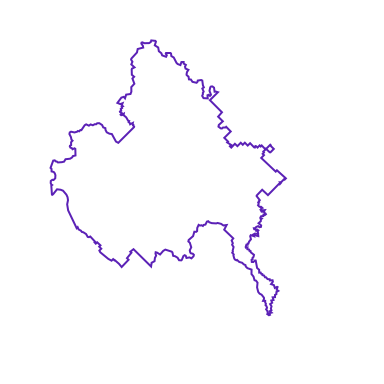 outline of Blue Mountains, New South Wales, Australia, rotated 125°
{"feature_id": "25037944B17662775697590", "entity_name": "Blue Mountains", "entity_type": "district", "adm_level": 2, "iso_a3": "AUS", "parent_name": "Australia", "parent_adm1": "New South Wales", "projection": "mercator", "projection_center": [150.399, -33.632], "detail": "fine", "context": "isolated", "style": "outline", "palette": "violet", "viewbox_px": 384, "rotation_deg": 125, "n_neighbors": 0, "source": "geoboundaries", "source_scale": "gbopen_adm2", "svg_char_len": 6053}
<svg xmlns="http://www.w3.org/2000/svg" viewBox="0 0 384 384"><g transform="rotate(125 192 192)"><path d="M294.4,218.5L292.2,218.1L292.5,216.4L292.1,216.3L292.7,210.6L293.8,206.6L283.9,205.1L283.5,207.3L276.5,206.8L276.3,208.3L272.4,207.1L276.5,182.8L273.1,184.5L270.2,183.0L267.2,184.6L264.7,184.9L263.4,186.6L262.2,187.2L261.7,185.9L261.5,182.3L256.7,181.8L254.5,180.8L252.5,174.4L252.7,173.4L255.1,170.8L254.3,169.0L254.1,166.1L255.3,163.5L254.2,161.6L253.4,161.4L249.4,162.3L248.0,161.8L247.8,160.6L249.2,158.7L247.0,156.5L246.7,154.4L243.8,153.9L242.4,154.4L242.1,155.9L242.9,157.9L242.3,159.1L241.0,160.4L237.7,160.9L234.8,164.7L234.6,166.6L233.2,167.2L227.5,165.8L223.2,167.3L222.2,165.7L221.1,165.4L218.4,167.1L215.1,167.7L214.9,166.2L213.8,165.2L213.6,163.6L212.3,163.6L211.0,162.3L207.7,162.8L206.6,161.9L206.9,160.6L206.2,158.0L203.8,154.1L202.7,153.3L201.4,149.9L201.4,147.1L199.2,144.7L204.4,144.0L206.3,131.6L209.0,131.7L210.5,129.2L212.2,128.9L213.2,126.4L216.8,125.0L217.5,124.2L218.7,124.2L219.2,122.0L220.2,121.7L222.2,119.3L222.7,118.1L222.5,116.4L221.8,116.1L222.2,113.2L221.2,110.3L221.6,108.2L221.2,106.3L222.2,105.2L222.6,102.9L221.4,98.7L225.1,96.2L226.0,93.1L228.4,90.2L227.9,88.7L228.7,86.3L232.8,84.0L235.9,80.4L236.5,78.3L236.2,76.1L237.3,72.5L238.2,71.7L240.4,71.3L239.2,69.6L240.5,68.7L241.2,67.3L242.5,66.9L242.8,65.5L243.8,64.1L245.6,64.0L246.1,62.3L247.8,60.3L248.8,60.3L248.8,58.3L247.9,57.7L247.0,59.2L245.2,57.7L245.0,59.9L243.3,59.1L242.3,60.5L240.0,61.3L239.0,63.7L236.7,62.8L235.4,64.8L233.7,63.3L232.0,65.5L230.5,63.7L228.7,65.0L227.3,64.3L225.5,65.5L223.5,64.6L223.5,66.6L220.8,67.4L220.9,67.9L223.1,69.1L221.3,71.5L222.1,74.4L219.1,74.3L218.1,75.4L219.8,77.5L218.9,78.3L220.0,80.2L219.4,82.4L220.0,83.3L219.1,85.0L219.7,86.6L218.9,87.3L219.3,88.5L218.6,89.6L219.5,90.7L217.2,92.4L216.9,95.1L211.6,100.5L211.9,101.1L214.2,101.6L215.0,102.9L213.4,104.3L212.3,103.8L211.4,104.6L209.8,104.4L207.9,105.2L207.7,109.3L206.8,110.2L207.3,111.1L206.4,112.1L207.1,113.8L205.5,114.8L206.7,115.9L206.3,116.5L204.0,117.2L203.4,116.2L202.4,116.8L201.9,116.2L199.9,116.8L196.9,116.6L194.8,119.0L193.6,119.1L192.7,116.0L191.8,117.5L190.2,116.7L191.2,115.3L190.1,112.4L189.1,113.2L188.8,114.8L187.9,114.2L186.5,115.7L185.4,115.6L185.4,117.0L186.8,117.3L186.1,118.2L186.8,119.7L186.2,120.5L185.5,119.6L183.7,119.3L182.0,118.2L182.2,116.6L181.0,115.5L179.7,116.2L179.4,119.6L176.4,118.9L175.1,119.8L173.8,119.6L174.3,120.9L173.9,121.3L172.2,121.5L170.9,119.9L169.7,120.4L169.4,119.2L167.8,118.7L167.5,119.4L168.1,119.8L167.2,121.1L166.2,122.0L165.1,122.0L166.2,123.3L167.6,122.8L168.2,123.7L167.3,125.5L166.6,124.9L165.7,126.0L164.7,125.3L164.5,126.9L165.4,128.2L165.0,130.3L163.5,130.5L162.6,131.8L161.6,131.3L161.1,132.0L159.8,131.8L158.3,136.7L157.8,137.0L149.9,135.8L151.0,128.0L135.3,125.4L135.4,124.6L133.6,124.4L133.4,125.4L132.7,124.6L128.6,123.9L128.7,123.2L127.0,122.9L125.5,134.9L127.3,135.1L124.4,154.8L120.5,154.2L120.2,156.0L118.4,155.7L118.0,156.8L114.2,156.0L114.9,151.1L114.5,150.5L109.8,149.7L109.0,154.6L108.5,154.5L108.4,155.0L113.6,155.9L114.7,157.5L113.9,161.6L115.3,161.8L115.0,163.3L118.0,163.8L117.7,165.6L118.0,166.4L119.5,166.0L119.8,166.7L118.7,172.4L122.0,173.0L121.3,177.0L124.2,177.5L123.7,180.3L128.4,181.1L127.9,184.5L133.1,185.3L132.8,187.2L131.0,186.9L131.2,191.6L130.0,191.4L129.1,196.6L120.2,195.0L119.0,201.4L119.9,201.5L121.4,203.6L122.8,203.9L123.4,204.9L123.3,207.8L121.7,208.5L116.4,207.3L115.3,213.8L109.5,213.2L106.5,230.0L95.4,228.0L96.1,230.2L96.9,231.0L93.9,233.8L93.8,235.8L94.6,236.9L95.7,237.1L99.1,235.7L101.5,232.2L103.0,232.4L102.9,234.2L103.9,234.8L106.3,232.8L108.5,236.4L107.4,238.8L105.5,239.2L104.6,240.0L103.1,240.0L101.3,242.9L99.5,242.3L98.5,244.1L94.8,247.5L95.0,248.7L97.4,251.2L98.6,250.7L99.9,250.9L101.5,254.8L100.5,257.4L101.5,259.1L99.5,261.0L99.3,263.4L98.7,264.0L96.6,264.9L94.0,265.0L94.6,268.1L93.4,269.6L91.4,269.9L91.6,272.5L90.3,273.4L91.6,275.2L94.7,274.3L95.4,277.2L95.1,278.8L92.3,284.1L92.5,286.9L90.6,288.6L90.5,289.4L93.0,293.0L93.8,292.8L94.4,291.1L96.1,290.8L97.2,294.8L95.9,296.7L95.7,299.9L93.0,302.6L93.2,306.6L89.5,307.8L89.2,308.7L91.2,312.3L92.7,311.8L94.6,312.5L97.4,316.3L97.9,318.5L98.6,319.0L99.5,318.6L100.4,316.1L101.7,314.8L106.0,318.5L109.3,317.1L117.5,318.2L118.5,317.8L119.5,315.5L122.3,314.9L122.9,310.6L125.4,311.9L126.2,311.7L130.5,308.5L130.8,305.5L133.2,305.9L136.4,301.3L140.9,301.9L144.6,299.2L147.0,298.6L150.0,301.8L153.7,300.6L153.2,302.5L155.2,304.0L161.8,304.2L161.1,301.1L159.1,299.8L161.1,299.3L161.4,297.8L162.5,298.5L163.3,297.4L164.8,298.0L166.0,296.6L167.4,297.2L167.8,296.7L167.6,294.5L169.6,294.8L169.7,294.1L169.1,293.4L167.1,292.7L168.3,292.1L168.6,288.7L170.2,285.3L169.9,284.2L171.1,284.0L171.2,282.4L172.0,281.5L169.4,280.1L170.4,279.7L170.5,278.7L171.3,278.5L171.5,277.0L172.1,276.7L194.0,280.6L194.3,283.2L190.5,290.9L191.6,293.1L192.0,296.1L190.8,298.4L189.4,299.6L190.0,301.8L188.7,304.0L188.8,307.4L190.1,309.1L191.5,309.4L192.3,310.6L194.2,311.5L194.8,313.8L196.8,314.5L197.3,317.5L198.9,318.2L204.8,318.1L205.3,319.0L207.0,319.2L207.5,320.5L208.5,320.7L210.6,322.4L212.0,325.7L213.3,326.3L214.8,325.7L216.5,322.6L218.3,320.7L218.5,319.3L220.6,319.6L222.9,317.9L224.1,318.5L224.8,318.2L225.4,317.0L225.0,315.5L225.5,314.4L223.6,313.3L223.6,312.3L228.9,308.4L231.0,310.2L232.3,310.0L234.6,310.9L237.7,314.4L240.5,314.2L242.2,315.7L244.7,318.8L244.6,320.3L245.1,321.2L244.8,322.6L245.9,323.7L253.4,321.7L253.6,320.4L255.7,318.8L254.9,316.8L255.4,315.1L256.6,313.5L259.2,311.9L261.6,312.3L262.1,313.4L263.9,314.0L265.7,312.9L266.5,311.7L266.5,310.6L267.5,310.9L274.4,305.3L274.5,304.9L273.6,304.5L267.2,304.1L265.5,300.9L264.9,298.4L266.2,293.4L267.6,291.0L269.8,288.9L273.7,287.2L278.1,282.9L287.8,265.7L286.4,265.5L287.7,263.4L287.4,260.8L287.9,259.3L287.3,257.9L287.2,254.6L288.6,251.7L288.1,250.5L286.8,249.8L288.3,242.9L289.1,243.0L289.5,241.2L287.6,240.8L288.2,236.4L290.0,236.7L290.5,233.8L293.1,234.3L294.0,232.6L294.8,222.2L294.4,218.5Z" fill="none" stroke="#5b21b6" stroke-width="2"/></g></svg>